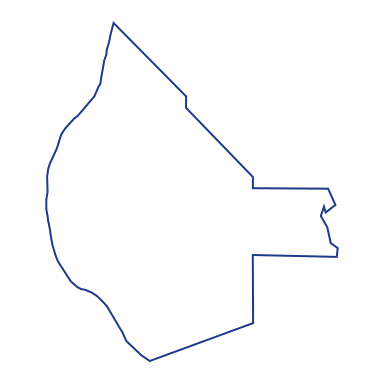 Monroe, Illinois, United States of America
{"feature_id": "52423323B604862894411", "entity_name": "Monroe", "entity_type": "district", "adm_level": 2, "iso_a3": "USA", "parent_name": "United States of America", "parent_adm1": "Illinois", "projection": "mercator", "projection_center": [-90.238, 38.304], "detail": "fine", "context": "isolated", "style": "outline", "palette": "blue", "viewbox_px": 384, "rotation_deg": 0, "n_neighbors": 0, "source": "geoboundaries", "source_scale": "gbopen_adm2", "svg_char_len": 885}
<svg xmlns="http://www.w3.org/2000/svg" viewBox="0 0 384 384"><path d="M66.6,126.9L65.1,128.5L64.9,128.9L63.3,131.3L61.1,134.7L57.0,148.1L49.8,163.8L48.2,169.0L47.1,177.0L47.6,191.8L46.3,199.5L46.3,209.3L47.5,215.5L48.1,220.6L50.0,229.6L50.5,234.1L52.4,244.8L55.1,254.0L57.1,259.5L57.6,260.4L58.5,262.3L70.5,280.9L72.2,282.7L77.8,287.4L81.2,289.1L85.0,289.8L91.2,292.3L97.1,296.1L101.8,300.7L106.8,306.1L120.5,329.2L120.6,329.4L122.0,331.4L126.3,341.0L141.2,355.2L148.3,360.0L149.7,361.0L253.1,323.1L252.8,255.0L336.8,256.9L337.7,248.1L330.7,243.0L327.3,227.3L320.8,216.0L324.0,206.6L325.7,212.5L335.4,204.9L328.1,188.7L252.9,188.2L252.9,177.0L186.0,107.8L186.1,96.4L113.6,23.0L110.6,34.3L109.9,38.0L109.0,42.2L106.8,49.8L106.2,55.1L104.2,60.6L103.4,65.4L101.3,77.3L100.5,83.3L98.3,87.2L94.4,96.3L77.8,115.8L74.1,118.6L66.6,126.9Z" fill="none" stroke="#1e3a8a" stroke-width="2"/></svg>